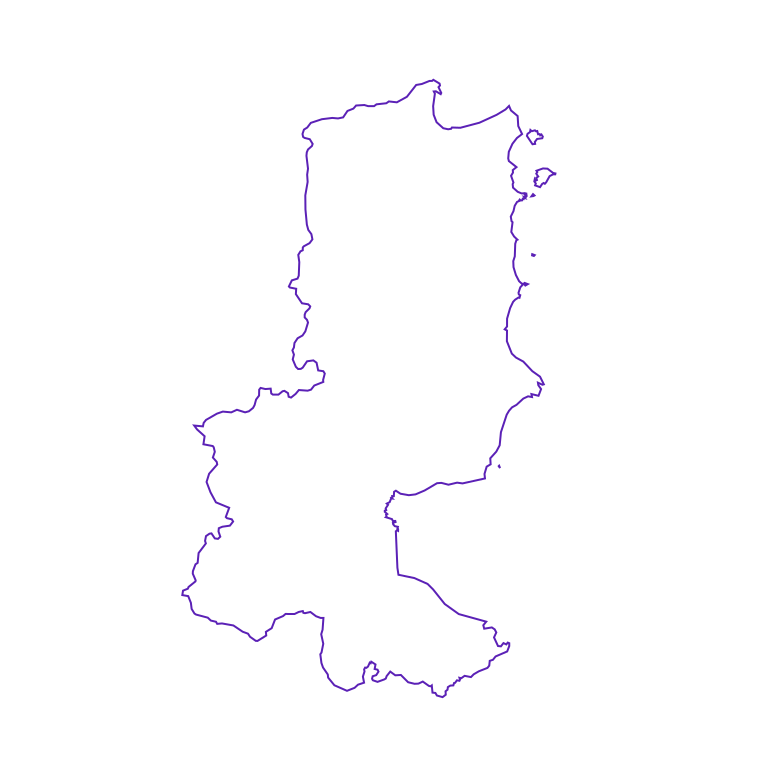 outline of Ketapang, Kalimantan Barat, Indonesia, rotated 192°
{"feature_id": "22746128B56277764926455", "entity_name": "Ketapang", "entity_type": "district", "adm_level": 2, "iso_a3": "IDN", "parent_name": "Indonesia", "parent_adm1": "Kalimantan Barat", "projection": "albers", "projection_center": [110.267, -1.697], "detail": "fine", "context": "isolated", "style": "outline", "palette": "violet", "viewbox_px": 768, "rotation_deg": 192, "n_neighbors": 0, "source": "geoboundaries", "source_scale": "gbopen_adm2", "svg_char_len": 6140}
<svg xmlns="http://www.w3.org/2000/svg" viewBox="0 0 768 768"><g transform="rotate(192 384 384)"><path d="M265.6,312.6L267.0,316.9L266.4,324.5L263.0,327.6L264.6,333.4L260.1,341.2L258.1,348.1L259.6,361.2L257.6,379.5L256.1,383.9L253.9,387.8L250.1,391.1L244.7,398.7L240.5,401.9L236.5,402.0L237.7,404.8L230.4,404.6L229.3,411.7L232.8,414.9L233.7,417.3L228.9,416.2L227.6,416.9L232.9,423.6L241.6,427.4L252.4,434.9L260.4,437.3L265.3,440.3L272.7,451.4L274.8,461.9L277.3,462.6L275.6,465.8L277.2,473.5L276.4,484.5L274.8,491.2L273.3,493.7L270.4,496.6L269.4,496.5L269.2,499.2L270.7,499.6L271.4,501.2L270.8,506.9L268.7,510.4L267.6,510.8L266.2,509.7L264.1,511.6L267.5,512.1L268.0,511.2L269.9,510.7L273.2,512.6L277.7,518.1L281.6,525.2L283.1,531.1L282.6,536.0L284.8,548.5L284.4,552.2L283.5,552.9L287.4,555.3L291.1,559.2L291.9,569.0L293.1,569.8L294.8,574.1L293.3,580.0L293.2,585.5L291.7,589.8L289.3,591.5L290.0,591.6L289.6,592.6L288.5,591.9L287.0,592.4L286.8,594.1L285.8,594.0L285.7,595.3L284.8,595.2L285.8,596.1L284.3,596.0L283.8,597.0L285.9,598.6L286.2,599.9L288.9,599.0L293.2,599.8L298.6,602.9L299.7,606.3L299.3,608.0L303.0,614.1L301.8,617.6L302.5,620.0L299.5,623.7L308.2,628.0L309.4,630.5L310.2,637.1L308.3,645.7L305.1,652.3L300.9,657.2L306.3,664.2L309.0,673.9L316.7,678.0L319.5,682.0L322.2,677.8L329.8,670.7L345.0,659.4L362.6,650.5L370.9,649.0L371.4,647.6L374.2,646.5L379.2,646.5L387.0,651.0L391.4,657.7L393.7,666.0L394.6,678.6L396.1,680.5L394.1,681.1L388.8,679.3L388.5,680.6L392.4,685.7L391.3,687.6L392.1,689.4L399.0,691.8L399.9,690.5L402.5,689.9L409.4,685.3L414.7,683.2L421.3,669.7L430.0,662.2L438.0,661.4L440.1,659.1L449.5,656.0L451.5,653.7L457.4,652.5L461.2,652.8L469.2,650.6L471.2,647.0L476.5,643.5L479.4,636.3L484.2,634.2L489.9,633.5L499.8,630.1L509.9,624.2L512.4,618.9L515.2,616.2L515.7,611.6L514.5,608.9L512.9,608.2L507.5,608.0L503.7,604.0L504.0,601.8L507.1,597.6L507.7,594.6L507.3,591.1L503.1,578.8L502.7,572.8L500.7,565.8L500.2,552.2L497.1,538.3L492.6,523.9L490.1,519.0L486.2,515.5L484.1,510.6L486.1,506.3L491.1,502.0L491.8,500.7L491.3,497.9L493.3,496.4L494.7,492.5L492.2,485.6L489.9,472.2L490.5,469.1L495.7,466.2L497.3,459.6L496.1,458.8L489.7,458.9L488.9,453.6L481.0,445.9L474.7,446.2L472.3,444.6L472.6,442.5L475.6,438.0L476.0,435.3L475.4,432.6L472.7,430.8L471.1,428.3L471.9,419.1L473.8,414.5L478.0,410.8L480.1,405.5L479.7,401.0L480.6,397.9L478.2,394.0L478.4,389.1L473.8,382.5L471.1,380.8L468.5,381.5L466.9,383.1L464.0,390.2L458.0,392.4L454.4,390.8L451.2,383.6L446.0,383.9L444.1,381.9L444.4,375.3L443.8,373.4L451.9,368.0L454.2,363.3L457.3,361.6L466.0,360.4L468.4,355.9L472.1,351.4L474.6,351.7L476.0,355.1L480.0,356.6L481.7,355.8L485.0,351.7L490.5,350.5L492.3,351.3L493.9,355.9L499.0,354.4L503.9,354.5L504.9,352.5L503.8,346.7L505.9,342.2L506.2,336.5L507.1,333.4L510.5,329.2L514.0,327.4L522.5,328.2L527.5,324.5L535.9,323.5L541.2,320.3L550.6,311.9L552.3,308.5L552.3,304.9L561.0,303.9L557.4,300.7L548.6,295.6L548.1,287.5L538.6,287.7L537.4,286.7L535.4,282.5L536.1,276.5L531.4,273.0L530.4,270.6L536.4,259.9L537.2,251.3L531.2,242.0L523.8,233.3L509.7,230.7L511.1,221.0L509.7,220.1L504.8,220.0L503.0,218.1L505.3,213.4L512.4,210.8L515.6,208.6L515.2,205.3L512.4,200.6L514.2,198.0L517.4,197.8L521.7,202.0L523.6,201.3L526.5,198.2L526.4,193.3L525.1,191.0L530.2,180.1L529.1,170.3L530.9,168.4L532.0,161.2L531.6,158.7L527.4,152.8L527.4,151.7L533.0,144.8L533.3,143.0L537.6,140.1L537.4,135.6L531.4,135.8L527.4,129.8L525.4,124.0L521.7,120.1L519.9,119.4L507.8,118.8L504.2,116.6L498.9,116.5L497.3,114.7L492.7,116.1L481.1,116.5L470.7,112.3L465.1,111.5L462.5,108.9L456.0,106.1L454.3,106.4L446.9,113.5L448.0,117.0L443.1,121.8L441.6,131.0L434.5,136.0L432.5,138.6L423.7,140.4L420.0,143.3L416.2,145.0L415.3,143.4L413.6,143.4L408.6,145.7L402.2,142.7L397.4,142.0L394.6,142.6L393.0,130.9L393.4,126.2L389.4,117.3L389.3,108.3L390.1,106.4L387.2,98.1L384.7,94.0L378.6,88.2L377.6,85.2L369.9,79.0L356.4,76.2L349.6,80.7L346.9,84.5L341.4,87.7L343.8,93.4L343.3,98.7L344.1,100.7L343.5,102.7L342.2,102.7L340.9,104.3L340.0,108.5L339.0,108.1L338.7,109.7L334.0,107.9L333.9,103.3L330.9,103.2L329.6,101.5L331.1,97.6L334.3,95.8L334.4,93.2L333.3,91.9L328.4,91.3L322.3,95.1L321.0,96.3L320.7,98.8L318.1,104.0L312.4,101.4L307.0,102.9L298.4,97.3L291.8,97.1L288.0,98.1L284.2,101.0L277.3,98.0L275.5,98.0L274.6,99.1L272.4,92.2L269.5,92.5L267.5,90.3L261.6,89.9L259.0,92.9L259.9,96.2L258.3,98.2L258.5,100.8L256.4,102.8L253.5,103.6L253.3,106.1L252.3,106.5L251.1,109.3L248.5,109.4L248.2,110.8L249.1,112.3L247.2,112.3L244.5,115.3L238.0,115.4L235.9,118.7L231.5,122.7L223.8,127.8L222.5,130.4L223.0,135.2L220.1,136.9L218.2,140.7L207.9,148.0L207.0,153.7L207.6,156.5L209.2,156.8L210.2,154.7L213.3,155.4L215.1,151.7L218.0,151.4L223.7,159.0L222.5,164.3L224.7,167.0L227.9,168.3L235.1,165.5L236.7,168.7L234.6,172.8L263.0,174.5L278.8,181.4L293.3,193.3L299.8,197.5L314.0,200.5L330.2,200.4L332.7,207.1L341.8,242.4L340.7,243.6L339.7,243.3L340.0,245.0L339.4,245.1L340.8,245.2L340.7,247.2L343.9,247.2L345.8,248.6L346.4,250.0L344.0,251.4L344.5,252.4L346.8,251.8L348.1,253.5L354.5,254.1L353.9,254.9L354.8,256.6L353.8,257.5L356.7,259.2L356.9,260.3L355.6,261.1L356.5,262.7L354.9,266.7L356.4,267.6L353.9,269.6L353.2,273.6L352.1,273.7L353.2,274.4L352.2,275.3L352.6,276.1L351.1,276.4L351.7,280.7L350.2,282.1L345.1,280.1L336.6,280.4L330.2,282.6L322.1,288.3L311.5,298.0L307.3,299.2L300.0,298.9L292.0,302.7L286.5,303.1L265.6,312.6ZM277.5,609.7L272.3,609.0L270.9,612.6L269.6,613.8L268.3,613.3L267.3,615.0L265.2,621.8L262.1,624.3L260.1,624.7L260.1,625.6L262.5,625.6L268.8,628.6L273.3,627.9L279.2,624.3L278.1,623.2L278.8,621.4L276.3,619.0L277.9,617.4L276.8,615.3L278.2,614.2L279.1,615.4L279.1,613.4L277.2,611.7L277.5,609.7ZM288.6,649.4L286.1,650.3L286.8,652.1L285.2,655.5L280.3,657.3L280.1,659.0L281.9,660.8L282.9,659.7L283.7,660.8L285.2,660.3L286.7,663.3L287.8,662.8L289.1,663.5L292.0,662.0L293.6,662.9L293.6,660.7L295.6,658.6L295.8,656.4L288.6,649.4ZM278.8,598.2L276.9,598.9L276.0,599.7L277.7,600.7L278.8,598.2ZM264.0,540.4L263.4,541.4L266.0,541.8L265.9,540.6L264.0,540.4ZM254.7,327.5L253.0,325.9L254.4,328.0L254.7,327.5ZM284.7,600.7L284.3,598.2L283.8,598.2L284.7,600.7Z" fill="none" stroke="#5b21b6" stroke-width="2"/></g></svg>